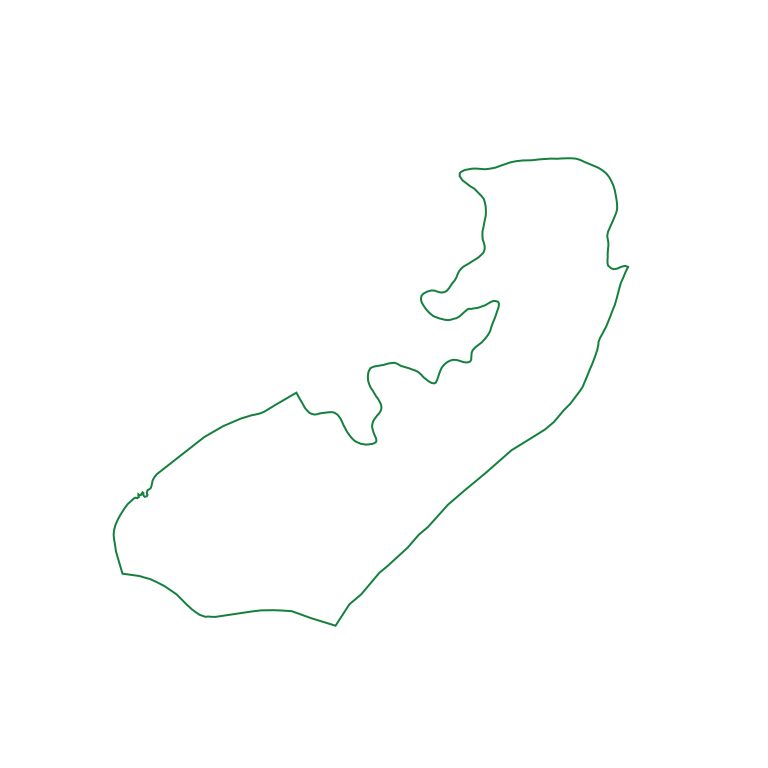 outline of Nongbok, Khammouan, Laos, rotated 206°
{"feature_id": "54806243B28884115571756", "entity_name": "Nongbok", "entity_type": "district", "adm_level": 2, "iso_a3": "LAO", "parent_name": "Laos", "parent_adm1": "Khammouan", "projection": "natural_earth1", "projection_center": [104.827, 17.05], "detail": "fine", "context": "isolated", "style": "outline", "palette": "green", "viewbox_px": 768, "rotation_deg": 206, "n_neighbors": 0, "source": "geoboundaries", "source_scale": "gbopen_adm2", "svg_char_len": 4730}
<svg xmlns="http://www.w3.org/2000/svg" viewBox="0 0 768 768"><g transform="rotate(206 384 384)"><path d="M535.9,98.9L526.1,102.1L519.6,104.2L514.7,105.0L508.9,106.1L501.6,106.3L492.6,106.1L478.2,104.0L465.3,99.5L457.8,97.2L448.9,95.7L442.6,96.4L439.8,98.1L437.5,98.9L433.4,100.8L403.1,121.6L395.2,126.7L384.1,132.3L375.9,135.9L367.5,139.3L362.6,139.9L346.7,141.6L321.6,145.5L318.5,170.9L312.3,184.9L305.4,212.3L301.3,221.3L291.0,247.3L286.7,263.7L281.8,274.7L273.6,303.5L265.1,323.3L253.6,348.7L240.4,380.3L227.2,401.1L219.3,413.8L214.6,424.4L212.5,432.8L210.9,439.1L207.9,448.0L204.9,463.2L204.2,468.3L204.9,481.3L205.0,481.6L205.4,487.6L205.6,492.8L206.3,500.6L207.3,508.3L208.6,513.4L209.6,515.7L210.0,519.8L209.8,523.3L209.6,528.6L209.5,533.2L209.9,539.2L210.3,544.7L210.9,551.0L211.2,556.1L212.3,562.6L213.9,570.3L215.4,578.7L215.6,584.4L216.0,591.1L215.9,596.2L218.8,596.0L222.0,593.5L225.0,589.9L228.0,587.8L230.6,587.6L234.4,588.6L235.9,590.3L237.7,593.8L238.2,595.5L240.1,599.1L241.9,603.7L243.2,607.3L244.6,609.8L246.7,612.7L248.2,614.8L249.4,619.0L249.5,622.6L249.7,625.6L249.7,628.7L250.1,635.8L250.3,639.2L250.8,642.1L251.4,643.9L252.3,645.8L253.8,648.5L256.0,651.9L258.8,655.7L261.4,659.2L264.8,662.9L268.4,665.9L272.5,668.8L276.6,670.7L281.2,671.8L286.1,672.3L292.3,672.0L300.4,671.5L306.0,671.4L310.3,670.7L314.3,669.1L317.5,667.6L323.2,664.6L327.0,662.4L332.5,659.9L342.5,654.2L349.4,649.8L353.1,647.9L357.0,645.9L360.5,643.7L362.0,642.8L364.1,641.3L366.3,639.6L368.0,638.2L372.2,634.0L374.7,631.5L377.0,629.1L378.5,627.5L381.9,624.9L384.2,623.3L387.5,621.2L392.2,619.4L396.7,617.5L399.6,615.9L402.7,613.6L405.2,611.7L406.7,609.9L407.8,608.3L408.3,606.7L407.1,604.0L405.2,602.9L402.5,601.4L397.9,600.5L393.5,599.6L388.3,599.1L384.2,597.6L378.8,595.7L375.3,594.0L373.2,591.7L370.7,588.5L368.1,584.0L366.3,579.8L365.2,575.3L363.6,569.4L362.3,564.2L360.7,560.7L358.8,557.4L356.3,554.8L354.0,552.1L352.6,549.3L352.3,546.4L352.4,544.9L353.0,543.3L354.4,539.6L355.7,537.3L358.5,532.9L360.6,529.4L364.0,524.5L365.2,521.6L365.9,518.6L366.0,515.4L365.6,511.5L365.9,507.9L366.8,504.4L367.5,498.9L368.4,495.3L369.7,493.4L371.1,492.2L372.9,491.2L375.4,490.6L379.4,490.1L382.2,489.0L385.0,486.6L386.0,485.6L387.0,484.1L387.7,483.3L388.5,481.6L388.6,481.3L388.6,481.0L388.9,479.8L388.4,477.4L387.3,475.5L385.8,473.8L383.4,472.2L380.6,470.5L377.9,469.2L375.0,468.0L372.1,467.3L369.9,466.7L367.7,466.7L365.4,467.0L363.1,467.2L360.4,467.8L357.4,468.4L354.4,469.5L352.2,471.0L350.1,473.0L348.1,474.6L346.1,477.1L345.2,479.3L344.3,481.3L344.3,481.5L342.2,486.6L341.0,488.6L338.6,489.7L335.4,492.0L332.8,493.8L330.5,496.1L327.5,499.2L325.3,502.6L323.9,504.7L321.9,506.7L319.7,507.6L317.6,507.8L316.0,506.9L315.1,504.5L314.4,501.8L314.3,499.8L313.4,493.0L313.0,487.0L312.4,481.3L311.8,478.4L312.0,474.0L312.8,469.9L314.3,464.5L316.2,460.6L318.0,456.9L319.1,453.5L318.9,450.5L318.0,448.1L316.8,445.2L316.3,444.1L316.3,443.1L316.6,441.8L318.2,440.1L320.4,439.1L322.6,438.4L326.3,438.0L329.5,437.3L332.6,436.0L334.8,434.0L336.6,431.6L338.2,428.4L339.0,425.4L339.3,423.4L339.2,420.8L339.0,418.2L338.5,414.8L338.1,411.5L338.0,408.1L338.9,406.7L341.4,405.8L345.1,406.0L350.2,407.1L352.4,407.7L354.9,408.8L358.5,409.8L362.0,409.8L363.9,409.5L367.7,409.2L372.0,408.5L376.7,407.7L381.5,408.0L384.0,407.6L388.3,404.9L390.0,403.5L393.0,400.8L397.4,397.6L400.5,395.4L402.2,393.6L403.2,392.0L403.3,389.8L403.3,388.6L402.8,386.4L401.7,383.6L400.4,381.1L398.8,378.9L396.6,376.8L394.3,374.8L391.0,373.0L385.6,369.4L383.1,368.2L381.0,366.8L378.2,364.7L376.2,362.2L375.4,360.0L375.3,357.7L375.6,355.0L376.1,353.6L376.4,352.3L376.7,350.9L377.1,348.7L377.4,345.3L376.8,342.6L376.2,340.9L375.4,339.5L373.9,337.8L372.6,336.3L371.3,335.1L369.3,333.3L367.6,331.9L366.2,330.2L365.7,328.5L366.7,326.7L368.3,325.0L371.3,323.0L373.7,321.6L378.5,320.1L382.8,319.9L385.4,320.0L386.5,320.3L389.9,321.5L393.7,323.4L395.9,324.6L402.0,329.0L406.1,332.5L408.9,334.4L412.1,336.0L415.7,336.5L418.1,336.1L420.3,334.9L423.0,333.3L426.8,330.8L428.8,329.4L431.1,327.3L433.5,325.9L436.2,325.4L438.3,325.4L440.6,326.1L444.7,327.9L447.5,329.9L450.2,331.7L454.1,334.3L458.9,337.8L472.5,317.5L479.7,306.3L482.2,303.5L486.3,300.1L489.0,298.1L497.7,290.0L510.1,275.6L522.3,257.5L548.5,203.7L549.5,199.6L549.7,196.0L548.9,192.8L548.2,190.0L548.1,187.8L549.2,185.9L550.0,185.0L549.6,182.5L549.0,181.5L547.9,180.7L548.0,179.1L549.6,177.7L551.3,178.3L552.1,179.6L552.4,180.5L553.5,180.8L553.8,178.8L553.8,177.5L554.8,176.9L556.4,177.2L555.6,175.6L554.8,174.9L555.7,173.2L557.6,172.8L558.7,171.4L561.8,163.5L562.9,157.2L563.6,150.2L563.8,145.9L563.6,139.6L562.5,134.1L561.0,130.2L558.9,126.6L556.1,122.8L551.5,116.0L535.9,98.9Z" fill="none" stroke="#15803d" stroke-width="2"/></g></svg>